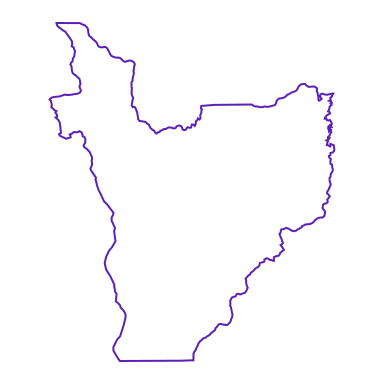 Bodoquena, Mato Grosso do Sul, Brazil
{"feature_id": "56859067B40627411909048", "entity_name": "Bodoquena", "entity_type": "district", "adm_level": 2, "iso_a3": "BRA", "parent_name": "Brazil", "parent_adm1": "Mato Grosso do Sul", "projection": "albers", "projection_center": [-56.688, -20.537], "detail": "fine", "context": "isolated", "style": "outline", "palette": "violet", "viewbox_px": 384, "rotation_deg": 0, "n_neighbors": 0, "source": "geoboundaries", "source_scale": "gbopen_adm2", "svg_char_len": 5889}
<svg xmlns="http://www.w3.org/2000/svg" viewBox="0 0 384 384"><path d="M330.5,129.8L329.8,128.4L328.2,128.5L328.3,126.7L329.6,125.4L330.0,126.8L331.6,126.9L330.9,125.2L331.8,124.0L331.2,122.1L329.9,120.0L328.5,120.5L326.9,120.1L326.5,118.7L324.7,118.6L325.2,117.3L326.6,115.6L328.6,114.2L330.1,113.4L329.3,111.8L328.1,111.4L329.3,109.1L329.5,107.2L330.4,105.9L331.6,104.8L330.6,103.4L331.9,102.8L331.2,101.5L329.1,100.8L330.6,99.9L330.2,97.8L331.7,96.9L332.3,95.2L333.2,93.7L331.8,93.7L327.0,94.8L324.1,94.3L322.9,93.7L321.2,93.9L320.0,95.3L320.7,97.6L321.6,98.9L320.1,100.1L318.8,100.6L318.3,99.0L318.5,96.9L317.8,95.2L317.7,93.0L316.8,91.3L317.0,88.3L314.9,86.7L312.8,86.5L308.9,86.9L307.3,86.2L304.9,83.9L301.8,84.1L299.9,85.1L298.4,86.9L297.6,88.7L296.7,90.1L295.4,91.2L291.2,92.7L289.0,94.2L287.3,94.7L285.5,96.7L284.1,97.5L282.5,98.1L278.9,98.6L276.9,100.3L276.4,101.8L276.0,103.1L275.4,104.4L274.4,105.3L273.1,105.6L271.8,105.9L270.5,106.4L266.7,106.9L264.7,106.4L262.3,107.1L259.5,107.2L257.4,106.4L255.7,106.5L254.2,106.1L253.0,105.4L251.8,104.5L214.6,104.9L201.3,105.9L200.8,108.2L201.9,109.4L201.4,110.7L201.3,112.8L200.6,114.2L200.2,115.6L200.5,118.2L199.5,119.5L197.9,118.4L197.2,120.3L195.8,121.4L195.8,123.8L194.7,126.0L193.3,124.5L191.8,124.6L191.1,127.5L189.5,127.8L187.7,127.2L186.7,128.1L185.8,129.7L184.4,130.1L182.8,129.7L182.0,127.4L180.9,126.0L179.4,125.5L177.6,125.8L176.4,126.6L175.8,127.8L174.5,128.5L172.9,128.2L171.1,127.6L168.5,127.4L166.8,128.4L165.6,129.0L163.8,129.0L162.5,130.0L160.3,130.8L159.5,132.1L157.9,132.4L156.3,133.6L154.7,131.9L154.1,130.5L152.7,130.1L151.6,129.0L150.5,128.0L149.8,126.7L149.0,124.9L147.2,123.6L145.4,121.9L139.4,120.9L138.0,118.9L137.8,115.9L137.4,114.1L137.2,112.3L135.5,108.2L134.5,106.9L132.7,107.1L131.7,105.2L132.0,103.1L132.4,100.8L133.2,98.0L132.4,96.2L131.6,94.0L131.8,88.4L131.5,86.3L131.5,82.5L132.6,80.8L132.6,79.0L133.4,75.3L133.9,72.9L133.4,70.7L134.0,69.0L134.2,66.1L134.8,64.8L134.5,63.2L133.1,61.7L130.7,60.5L128.8,60.7L126.9,61.2L125.0,61.9L123.3,61.0L121.7,59.4L120.4,58.2L118.8,57.6L116.3,57.6L114.5,57.3L112.8,56.6L111.0,55.6L107.3,48.4L105.4,46.9L101.3,47.4L98.9,46.7L98.0,45.6L96.9,43.0L95.2,41.0L93.1,39.4L91.2,37.4L89.9,36.4L88.9,35.3L88.3,32.3L88.0,29.3L87.2,27.6L84.9,25.4L81.6,24.1L80.0,23.1L56.5,23.0L57.0,25.1L58.2,26.8L61.1,28.8L62.8,30.3L65.3,31.6L66.2,33.0L69.9,38.1L72.0,41.4L72.2,44.1L71.6,46.2L73.7,47.5L74.0,49.0L75.0,50.9L74.2,56.3L72.8,58.8L72.6,61.2L71.1,62.7L70.4,64.6L71.4,66.0L72.1,71.5L72.9,73.4L74.2,74.5L75.9,75.4L77.1,76.7L79.5,78.9L80.5,83.9L79.8,85.4L79.5,87.0L81.0,90.7L79.8,92.7L77.1,93.8L73.6,94.3L72.0,94.6L68.7,95.0L67.3,95.0L64.9,94.6L59.7,96.4L54.7,96.9L52.3,97.4L50.7,98.3L49.7,99.4L50.9,100.9L51.5,103.4L51.8,105.3L51.3,107.1L52.4,108.2L53.6,109.1L54.7,110.4L56.4,111.0L55.4,112.6L57.0,114.8L57.1,116.7L55.6,117.4L57.9,119.5L59.0,121.1L59.9,122.9L59.9,124.9L60.4,126.8L60.5,129.3L60.9,131.3L60.9,133.0L59.0,134.2L60.1,135.9L63.7,137.6L66.3,138.7L70.6,137.4L70.5,135.8L69.7,134.5L71.7,133.8L73.5,132.2L77.9,132.2L79.5,131.2L81.4,132.2L82.3,133.9L82.7,136.3L84.3,136.9L85.4,139.0L85.3,141.2L85.1,143.0L84.0,144.6L83.6,146.0L84.5,147.3L87.0,149.1L88.0,150.4L89.4,151.6L92.0,157.2L92.0,159.3L91.6,160.9L92.0,162.8L92.1,164.6L91.5,166.3L90.4,168.4L90.9,170.1L93.5,174.0L94.6,175.7L96.0,177.7L95.5,179.6L96.3,182.0L96.9,185.2L98.8,190.6L100.2,193.0L104.1,201.5L107.3,204.6L113.5,212.8L113.0,215.2L111.8,217.1L111.5,220.4L115.0,227.9L114.1,231.3L115.5,241.2L111.8,247.5L109.2,250.5L106.1,256.9L104.7,263.2L106.1,269.5L110.4,276.4L114.2,284.4L114.3,286.8L115.3,292.2L116.6,293.9L115.8,301.2L118.3,303.3L120.2,305.5L120.7,307.8L121.9,308.8L123.6,310.8L124.8,312.6L125.6,314.9L125.4,318.1L123.8,324.8L120.2,336.1L117.1,339.7L113.4,347.0L113.4,350.6L116.4,355.8L119.8,361.0L179.9,360.7L193.4,360.3L193.5,353.7L194.2,351.9L195.6,350.1L196.4,348.0L197.8,345.4L198.5,343.4L199.5,341.9L203.4,338.3L205.7,337.6L207.1,336.3L208.8,335.5L210.1,334.5L211.0,333.2L213.7,331.2L215.0,330.1L215.5,328.2L216.8,327.0L217.7,325.7L219.2,324.1L220.7,323.9L222.7,324.5L227.1,325.1L229.9,322.5L230.9,320.4L231.2,319.1L232.1,317.1L232.5,315.1L232.1,312.9L230.9,307.0L230.1,305.6L230.4,303.5L230.1,300.7L231.2,299.2L231.7,297.7L233.4,296.8L235.1,296.6L236.0,295.7L236.8,294.0L238.2,293.7L239.7,294.4L241.3,294.2L243.1,293.3L244.8,292.9L245.9,291.6L247.0,289.5L247.7,287.7L246.7,285.4L246.1,282.5L246.2,280.3L245.6,278.5L247.1,276.9L248.5,275.3L249.9,274.6L251.0,272.6L253.2,271.0L254.2,270.0L255.3,268.5L257.0,267.5L258.2,267.0L259.4,265.3L259.8,263.0L261.3,262.5L263.1,262.2L264.4,261.5L264.4,259.5L266.7,258.2L268.4,258.8L269.5,259.7L271.4,260.1L272.6,260.7L273.9,260.8L273.8,258.5L274.1,257.0L276.9,256.0L278.8,255.6L279.7,254.4L280.0,253.0L283.9,249.9L282.9,248.2L280.6,245.0L281.8,244.4L283.0,242.9L282.1,241.1L281.6,239.0L280.6,237.2L280.1,235.6L279.4,234.0L280.5,232.9L280.8,230.9L281.3,229.5L283.0,229.2L284.8,228.6L286.0,227.9L287.7,228.3L289.9,229.5L291.9,230.7L293.7,231.2L296.4,230.5L297.5,229.4L298.9,229.1L300.0,228.1L301.6,227.3L302.1,226.0L303.6,225.6L305.3,224.5L310.1,224.0L312.1,223.1L313.7,222.0L314.9,220.2L318.3,217.9L321.0,217.5L322.7,217.4L324.4,215.9L324.9,213.0L325.1,211.5L322.6,208.4L322.8,206.2L323.2,204.6L324.5,203.6L326.2,203.5L327.7,201.9L327.3,199.5L328.7,197.9L329.8,196.2L327.0,193.1L327.3,191.5L328.3,190.3L330.7,184.7L330.5,183.3L329.7,181.5L329.5,178.1L330.5,176.7L330.6,175.3L330.8,173.8L331.8,172.8L332.6,170.9L332.8,168.9L332.0,166.3L332.0,164.6L330.5,163.9L330.3,161.5L330.8,159.0L329.3,157.7L328.9,156.1L330.3,155.2L330.5,153.0L332.9,152.3L334.1,150.9L334.3,149.5L333.8,145.3L330.4,143.9L330.3,146.4L328.5,145.5L326.8,145.0L327.2,143.4L327.9,141.5L326.4,140.4L328.3,139.8L329.3,138.3L328.0,138.5L328.0,137.0L329.7,135.5L330.0,134.0L331.4,132.0L330.5,129.8ZM330.5,129.8L329.0,131.4L328.8,129.8L330.5,129.8Z" fill="none" stroke="#5b21b6" stroke-width="2"/></svg>